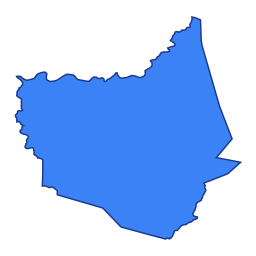 outline of Crateús, Ceará, Brazil, rotated 90°
{"feature_id": "56859067B68836278329537", "entity_name": "Crateús", "entity_type": "district", "adm_level": 2, "iso_a3": "BRA", "parent_name": "Brazil", "parent_adm1": "Ceará", "projection": "equal_earth", "projection_center": [-40.774, -5.21], "detail": "fine", "context": "isolated", "style": "filled", "palette": "blue", "viewbox_px": 256, "rotation_deg": 90, "n_neighbors": 0, "source": "geoboundaries", "source_scale": "gbopen_adm2", "svg_char_len": 3640}
<svg xmlns="http://www.w3.org/2000/svg" viewBox="0 0 256 256"><g transform="rotate(90 128 128)"><path d="M73.8,218.0L75.5,219.8L77.5,221.1L78.3,221.7L78.7,222.7L80.1,227.9L80.2,229.2L79.3,231.8L77.6,234.2L76.5,235.2L76.2,237.8L76.4,239.4L77.5,238.7L78.3,237.6L79.3,236.1L80.3,235.1L81.0,234.4L82.3,233.5L83.4,233.3L84.5,233.3L85.2,234.1L86.6,234.8L87.6,236.1L88.2,237.1L89.4,236.8L90.1,237.8L91.3,238.7L92.6,239.0L93.8,239.0L95.6,239.3L96.4,238.6L97.2,237.6L97.8,236.5L98.8,235.0L100.3,234.1L101.5,234.8L102.5,234.7L104.0,234.3L105.5,234.8L107.0,234.5L108.4,234.7L109.2,234.1L110.1,233.5L111.1,234.9L110.6,236.7L111.2,238.4L112.4,238.5L113.3,238.7L114.7,240.2L115.6,240.6L116.7,240.4L117.5,239.7L118.3,239.2L119.7,239.4L121.0,239.2L121.9,239.2L121.6,237.9L121.9,236.7L122.4,235.7L123.3,235.6L124.3,235.1L125.0,233.7L125.5,232.6L126.0,233.5L127.3,234.1L128.7,233.9L129.5,234.5L130.3,235.6L131.5,236.0L132.6,235.5L133.2,234.7L133.8,233.4L134.3,231.8L134.6,230.4L135.1,229.0L135.7,228.1L136.5,227.7L137.5,227.9L138.3,228.3L139.4,229.1L140.4,229.4L141.3,229.4L142.2,229.2L143.1,229.4L144.0,230.2L145.2,230.1L146.2,231.0L147.4,230.8L148.2,230.3L148.6,229.2L148.5,227.9L148.3,226.8L147.9,225.5L147.7,224.4L147.8,223.0L148.9,222.4L149.9,222.4L151.1,222.0L152.5,221.8L153.7,222.1L154.7,221.8L155.3,220.8L156.0,219.4L157.1,218.7L158.0,218.4L158.0,216.9L158.7,215.2L159.0,213.9L160.2,213.2L171.5,213.2L186.1,213.6L185.8,211.6L186.0,210.3L187.2,207.7L187.5,206.4L187.3,204.9L187.1,203.4L187.8,202.1L188.7,201.3L189.4,200.2L190.4,198.8L194.8,198.7L201.6,175.2L205.6,161.4L207.4,155.3L208.0,153.2L227.0,135.0L233.7,110.4L238.7,91.6L239.0,90.4L238.2,89.2L238.0,88.0L238.9,86.7L238.3,85.3L237.1,84.3L236.0,83.5L234.6,83.0L232.8,82.0L231.3,81.6L230.5,80.4L230.3,78.7L229.2,77.4L228.0,76.6L226.9,75.8L226.2,75.1L225.3,73.9L224.9,72.8L224.7,71.3L224.3,69.7L223.3,68.2L222.4,67.2L222.2,65.9L221.6,64.1L220.4,63.3L219.7,62.0L219.4,60.7L218.9,59.7L218.2,58.7L217.0,58.6L216.7,59.7L216.4,61.3L215.4,62.8L214.5,63.0L213.4,62.9L212.4,62.5L211.4,62.0L210.3,61.2L209.4,60.8L207.9,60.4L206.8,60.1L205.5,60.0L204.1,59.8L203.0,59.2L201.9,57.8L201.1,56.2L200.2,54.6L198.9,54.4L197.7,53.5L196.8,53.5L195.6,53.2L194.1,52.1L192.7,51.3L191.7,50.9L190.8,50.2L189.8,50.3L188.7,50.9L187.5,51.4L186.7,51.1L185.6,50.7L184.4,51.4L183.1,52.2L173.7,28.2L162.3,15.4L157.6,39.6L138.9,23.9L120.0,31.2L106.7,36.3L95.1,39.7L92.3,40.5L79.4,44.2L46.1,53.8L40.6,54.8L20.0,55.5L19.4,56.6L19.0,57.8L18.2,59.6L17.7,60.8L17.0,64.1L19.0,63.9L21.7,64.6L22.9,65.1L24.4,66.2L25.9,65.9L27.3,66.1L27.5,69.1L29.3,70.1L29.8,71.0L30.1,72.2L30.1,74.0L31.1,75.1L32.1,76.4L31.6,79.6L32.0,80.8L34.0,81.5L35.6,83.0L38.4,83.9L40.5,85.6L43.0,82.0L44.2,80.9L45.8,81.2L46.9,85.4L48.0,88.3L49.0,87.9L49.7,86.9L51.1,86.5L51.8,87.8L52.2,93.8L52.9,95.0L54.1,95.9L55.6,96.4L57.1,98.9L58.6,99.5L59.5,100.8L60.2,104.7L60.9,105.6L62.7,104.1L64.9,103.9L66.4,104.4L67.9,106.2L70.6,110.9L73.8,110.7L74.8,111.0L75.6,111.7L76.4,112.7L77.4,114.8L77.5,116.8L76.9,118.5L76.0,121.0L75.5,123.9L76.1,126.0L77.4,128.8L77.6,130.0L77.6,131.7L78.3,133.8L78.1,135.4L77.1,136.5L75.7,137.8L74.9,138.4L72.9,138.9L73.0,140.4L74.4,141.0L75.2,141.7L76.1,143.1L78.4,145.8L79.4,148.4L81.5,150.4L81.4,151.8L78.9,152.1L77.8,153.7L78.5,157.1L78.1,158.7L77.1,159.8L77.0,162.1L78.0,163.7L81.1,166.6L81.3,168.9L80.8,171.5L79.5,178.4L78.0,179.8L75.9,181.3L74.9,183.2L74.3,188.1L74.3,189.3L74.8,190.5L76.4,193.2L78.4,196.1L79.9,198.5L80.5,200.0L81.1,201.9L81.5,205.6L80.4,208.3L79.7,209.2L78.6,209.6L76.9,209.7L76.0,209.6L74.6,209.2L73.4,209.3L72.3,210.8L72.1,212.0L72.7,214.9L73.8,218.0Z" fill="#3b82f6" stroke="#1e3a8a" stroke-width="1.5"/></g></svg>